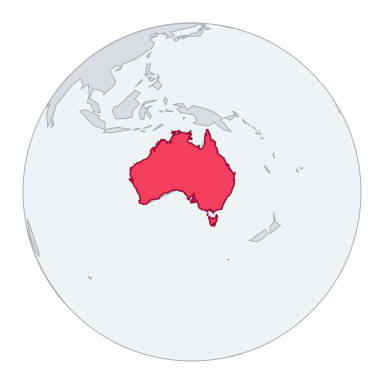 globe centered on Australia
{"feature_id": "AUS", "entity_name": "Australia", "entity_type": "country or territory", "adm_level": 0, "iso_a3": "AUS", "parent_name": "Oceania", "parent_adm1": "", "projection": "orthographic", "projection_center": [137.073, -32.4], "detail": "fine", "context": "on_globe", "style": "filled", "palette": "rose", "viewbox_px": 384, "rotation_deg": 0, "n_neighbors": 0, "source": "natural_earth", "source_scale": "50m", "svg_char_len": 10934}
<svg xmlns="http://www.w3.org/2000/svg" viewBox="0 0 384 384"><circle cx="192" cy="192" r="169" fill="#eef3f6" stroke="#a8b0b8"/><path d="M302.6,167.8L302.5,169.0L302.3,169.1L302.6,167.8ZM339.4,112.6L338.0,109.5L339.8,112.6L339.4,112.6ZM336.4,106.9L337.1,108.1L336.4,106.9L336.4,106.9ZM335.5,105.6L336.2,106.5L335.6,105.8L335.5,105.6ZM334.4,104.2L335.0,104.9L334.4,104.2ZM332.3,101.3L331.7,100.5L332.1,100.7L332.3,101.3ZM231.0,356.4L232.7,356.0L240.7,353.8L231.0,356.4ZM233.1,28.1L227.9,27.5L222.6,25.8L233.1,28.1ZM195.9,23.1L188.7,23.3L196.9,23.4L199.8,23.9L194.3,26.3L170.5,32.1L174.1,34.7L172.8,36.6L166.4,38.0L168.0,35.1L163.5,34.4L165.5,32.8L155.7,34.7L158.0,32.6L149.3,35.5L150.2,37.0L157.9,35.7L149.4,39.7L154.4,42.7L152.5,47.6L135.7,58.9L122.3,64.4L121.0,66.5L117.0,65.3L109.6,70.9L115.5,80.9L114.6,84.8L103.7,94.7L103.8,91.8L93.1,88.6L89.7,98.5L97.7,103.7L100.4,112.7L93.6,111.7L91.0,104.1L87.3,102.7L89.3,94.1L88.3,84.0L81.5,88.8L83.1,84.3L80.6,78.4L71.4,85.7L56.1,105.2L52.3,118.1L47.8,126.8L46.6,113.9L50.0,103.7L47.1,107.6L48.0,103.7L46.7,105.8L53.1,95.7L60.3,86.2L68.1,77.2L76.5,68.7L85.4,60.9L94.9,53.7L104.9,47.2L115.4,41.4L126.2,36.4L137.3,32.1L148.7,28.7L160.3,26.0L172.1,24.2L184.0,23.2L195.9,23.1ZM26.9,228.1L27.1,228.9L30.9,242.1L36.7,258.4L41.0,266.9L44.6,274.3L48.0,279.7L53.7,288.5L61.4,298.9L65.7,304.2L57.8,294.7L50.7,284.6L44.3,274.1L38.7,263.1L33.9,251.7L30.0,240.0L26.9,228.1ZM88.4,276.8L91.6,277.7L90.6,279.3L88.4,276.8ZM29.3,224.3L38.8,252.1L39.1,256.6L35.8,251.2L29.9,235.8L28.5,227.0L26.9,218.5L29.3,224.3ZM140.2,130.8L145.3,131.1L145.2,131.9L140.2,130.8ZM134.9,128.8L140.5,128.5L134.0,130.6L134.9,128.8ZM142.8,128.4L148.6,126.5L151.1,125.2L150.7,126.7L142.8,128.4ZM131.1,129.4L111.4,132.7L103.8,132.5L105.4,129.5L117.6,127.4L131.1,129.4ZM104.8,129.6L93.6,125.5L79.9,111.2L84.8,109.5L99.4,116.0L98.4,118.4L105.2,122.1L104.8,129.6ZM132.8,110.9L131.8,117.6L120.7,118.8L115.8,118.6L112.4,111.1L114.3,106.7L118.2,106.0L134.8,90.3L140.3,92.8L135.0,98.9L139.6,103.7L132.8,110.9ZM52.5,119.0L53.8,124.9L51.5,127.8L52.5,119.0ZM142.4,80.9L135.1,87.0L142.0,79.3L142.4,80.9ZM147.0,74.2L147.0,76.7L144.6,74.5L147.0,74.2ZM120.0,69.7L115.8,71.2L116.1,69.6L121.7,66.8L120.0,69.7ZM151.0,52.2L149.3,56.5L148.0,58.1L146.8,55.6L151.0,52.2ZM265.2,229.5L268.1,233.2L263.6,238.0L257.0,242.0L249.8,240.5L265.2,229.5ZM211.1,225.5L209.1,217.0L216.9,218.2L215.2,224.9L211.1,225.5ZM270.0,226.8L274.0,221.6L273.8,212.3L275.3,221.7L280.5,225.5L270.0,233.7L270.0,226.8ZM177.6,189.7L146.9,203.9L139.5,202.8L140.1,196.6L130.9,180.4L133.2,180.4L130.2,169.7L147.6,158.2L159.7,141.0L170.8,142.1L178.4,131.0L190.3,132.7L187.5,141.5L200.8,149.3L207.7,129.8L217.9,153.9L228.9,165.0L234.3,182.6L222.0,208.6L213.1,212.4L210.5,208.9L207.0,211.3L200.3,208.7L194.8,197.9L191.4,200.4L193.8,193.5L189.4,199.4L185.1,192.7L177.6,189.7ZM263.9,165.3L266.2,166.9L270.4,173.2L266.7,170.7L263.9,165.3ZM296.9,169.0L298.3,172.0L295.9,170.9L296.9,169.0ZM302.3,169.1L299.3,167.9L302.6,167.8L302.3,169.1ZM273.6,155.8L274.9,157.8L274.0,157.9L273.6,155.8ZM272.7,154.8L273.7,153.0L273.8,155.4L272.7,154.8ZM261.2,137.9L262.3,137.3L263.0,138.4L261.2,137.9ZM152.9,130.8L159.7,125.0L163.7,124.6L152.9,130.8ZM259.1,134.8L255.9,133.5L256.2,132.4L259.1,134.8ZM259.1,132.2L258.7,130.5L260.9,135.0L259.1,132.2ZM252.8,126.5L256.9,130.7L252.4,126.7L252.8,126.5ZM250.6,126.1L247.8,124.0L247.9,123.6L250.6,126.1ZM220.8,120.1L231.1,131.7L223.3,129.6L214.4,122.0L208.1,126.2L193.6,123.3L196.7,120.4L194.5,115.3L180.0,112.2L177.0,109.0L182.1,107.2L172.7,104.4L182.9,103.5L187.2,110.0L193.1,105.7L203.6,108.2L214.0,112.1L222.8,118.6L220.8,120.1ZM183.3,117.4L185.1,117.5L183.6,119.4L183.3,117.4ZM242.4,118.8L246.5,123.2L246.1,123.8L244.1,122.7L242.4,118.8ZM224.8,117.9L234.1,114.9L236.4,115.6L230.3,120.1L224.8,117.9ZM231.7,110.9L236.1,112.8L238.6,116.5L237.7,117.0L231.7,110.9ZM162.5,110.8L162.2,112.5L159.6,111.2L162.5,110.8ZM165.8,109.8L173.7,111.8L165.1,111.2L165.8,109.8ZM142.9,104.8L145.1,108.6L151.9,105.6L146.7,109.6L151.5,116.1L150.1,118.8L145.2,111.6L143.8,119.4L140.8,119.5L139.0,113.1L141.9,105.2L144.9,101.8L157.4,99.9L142.9,104.8ZM165.7,104.8L163.6,100.2L165.2,97.3L167.4,99.6L165.7,104.8ZM158.0,89.9L153.0,85.3L148.2,87.4L158.3,80.4L161.4,85.8L158.0,89.9ZM154.3,79.8L149.8,81.6L154.7,77.7L154.3,79.8ZM148.8,80.2L148.7,77.1L152.1,77.3L148.8,80.2ZM156.7,79.8L158.1,74.5L159.5,77.5L156.7,79.8ZM148.2,70.6L154.9,74.9L145.6,73.5L146.9,64.3L151.0,63.8L148.2,70.6ZM181.9,38.9L181.9,37.3L186.1,37.1L184.9,38.2L181.9,38.9ZM199.7,36.0L187.2,36.5L177.1,37.7L179.5,38.5L175.9,41.4L173.2,38.7L181.3,35.8L188.7,35.4L191.2,33.5L197.5,32.7L198.3,30.5L201.5,30.0L203.0,31.9L199.7,36.0ZM198.4,29.7L202.1,27.0L209.3,28.2L210.1,29.0L205.4,29.6L201.8,28.9L198.4,29.7ZM205.1,26.8L201.7,26.2L200.1,23.7L201.6,23.6L206.6,25.5L203.7,25.1L202.8,25.8L205.1,26.8Z" fill="#d9dde1" stroke="#a8b0b8" stroke-width="1"/><path d="M209.6,133.5L209.4,134.4L210.2,135.4L211.1,140.2L211.6,140.6L213.1,140.0L213.6,140.8L215.3,142.2L215.5,146.4L216.4,147.8L216.8,147.9L217.3,150.0L217.0,151.8L217.8,152.7L217.8,153.9L219.9,155.3L220.6,155.3L221.4,156.5L224.1,158.3L224.4,158.9L223.8,159.1L225.7,162.2L226.1,164.8L226.5,164.7L226.8,165.2L227.1,164.1L228.3,165.4L228.6,164.9L228.9,165.5L228.9,168.1L229.6,169.2L231.3,170.4L233.7,174.6L233.6,175.4L234.1,176.2L233.5,179.8L234.3,183.0L234.2,184.3L232.0,189.6L231.4,192.1L230.2,193.7L229.9,194.9L229.0,195.7L228.1,196.0L226.6,197.8L226.4,198.8L225.2,200.3L224.8,201.8L223.1,204.0L221.8,208.9L220.7,209.5L217.0,209.6L214.4,211.5L212.9,211.5L213.2,212.0L213.5,211.9L213.2,212.8L212.8,211.9L212.3,212.0L212.0,211.3L211.1,210.8L211.5,210.4L211.4,210.0L211.0,209.9L210.1,210.6L209.6,210.1L210.1,210.2L210.6,209.5L210.1,208.9L208.9,209.5L209.5,209.7L206.8,211.3L204.4,209.9L202.8,209.5L202.1,209.8L201.1,208.9L199.7,208.3L198.4,206.4L198.6,204.6L198.3,203.8L196.5,201.4L197.3,201.5L197.3,200.8L195.5,201.6L194.7,201.5L195.5,199.8L195.4,199.0L194.5,197.2L193.5,200.1L191.5,200.4L191.9,199.4L192.8,199.4L193.0,197.2L194.1,195.5L193.9,194.4L194.3,194.1L193.8,192.5L193.8,193.3L192.4,195.6L190.4,196.8L189.1,198.7L189.3,199.6L188.9,199.3L188.6,199.5L187.3,198.5L187.5,198.2L188.1,198.5L187.5,196.6L186.2,194.6L185.2,194.3L184.6,193.1L184.9,193.1L184.9,192.5L183.5,191.6L182.4,191.5L181.2,190.9L179.9,191.1L177.1,189.7L171.7,190.7L167.8,192.7L164.4,193.1L161.7,195.2L160.5,195.7L159.1,198.6L155.9,199.2L155.7,198.9L154.1,199.0L150.5,200.0L149.8,201.3L148.6,201.9L146.5,204.0L143.4,204.3L142.1,204.0L140.9,203.2L139.5,203.0L139.1,200.8L140.0,201.0L140.4,199.6L139.6,195.2L137.5,192.2L136.2,188.3L134.0,185.6L133.3,183.5L130.6,180.7L131.0,180.8L131.0,180.3L131.8,181.5L132.3,181.2L132.3,180.7L130.9,179.2L130.9,178.8L131.7,179.3L131.9,180.2L132.1,179.8L132.6,180.6L132.9,180.8L133.2,180.4L132.9,179.1L130.3,175.5L130.2,173.9L130.6,172.4L130.5,170.9L130.1,170.2L130.6,167.9L130.8,167.7L131.2,169.5L131.7,169.0L132.3,167.3L134.1,165.9L137.0,162.9L138.8,162.7L142.2,160.8L143.0,159.9L144.3,159.8L147.9,157.9L148.8,157.0L149.9,154.4L151.2,153.1L150.5,151.6L150.7,150.4L152.5,148.1L154.4,151.0L154.3,149.6L155.0,149.8L155.1,149.2L154.0,148.1L154.3,147.9L154.2,147.3L154.6,147.2L154.9,147.7L155.4,147.3L157.5,147.4L156.4,147.3L157.0,146.0L156.7,146.3L156.3,145.7L156.4,145.0L156.7,144.9L157.1,144.3L158.1,144.6L158.1,144.2L157.7,144.3L157.4,143.9L158.0,143.4L158.9,143.6L158.3,142.6L159.4,141.8L159.5,141.1L159.6,141.9L160.1,141.7L160.3,142.1L160.6,141.7L160.7,140.2L161.3,140.7L161.6,140.2L162.1,140.6L163.0,139.3L164.6,140.0L166.8,141.8L166.5,143.5L166.7,143.2L167.0,143.3L166.8,142.6L167.9,141.8L169.2,142.0L169.7,142.7L169.8,141.9L170.9,142.6L170.9,141.8L171.5,141.7L170.8,141.2L171.0,141.0L170.1,140.6L171.0,139.3L171.3,138.2L172.5,137.3L172.2,136.4L172.8,135.6L173.5,135.5L173.5,134.9L174.2,135.2L174.2,134.6L175.4,133.7L175.8,134.3L178.1,133.9L178.6,134.2L178.9,133.8L179.4,133.7L179.3,132.4L176.8,131.6L177.2,131.2L177.8,131.5L178.3,131.3L179.3,132.0L180.1,131.7L180.8,132.5L184.3,133.3L185.2,133.1L186.1,133.7L186.7,133.8L188.7,132.6L188.1,133.7L188.9,133.6L189.1,134.3L189.7,134.3L189.7,133.5L190.5,133.0L191.6,134.1L190.5,135.3L190.6,135.9L190.2,136.5L189.8,136.3L188.7,136.7L188.8,138.5L187.2,140.8L187.4,141.3L189.8,143.1L191.0,143.4L191.2,144.0L191.8,144.0L193.8,145.0L195.3,146.3L197.5,146.9L198.1,148.1L200.3,149.2L201.7,149.1L202.6,148.5L204.3,144.7L205.0,141.9L204.6,138.4L205.1,136.9L205.0,136.0L206.0,135.5L205.2,134.7L205.3,134.4L205.8,133.3L206.1,133.6L206.7,130.6L207.6,129.9L208.0,130.1L207.8,130.4L208.5,131.1L208.7,133.1L209.6,133.5ZM209.0,216.9L210.3,217.3L212.4,218.6L213.4,218.5L213.6,218.7L214.0,218.3L215.0,218.4L216.2,217.9L216.7,218.1L216.5,222.1L216.3,221.4L215.8,222.1L215.4,223.3L215.3,224.7L214.9,224.9L214.7,224.3L215.0,224.0L214.6,223.7L214.3,224.3L214.0,223.5L213.7,224.7L213.2,224.5L213.4,224.9L212.8,225.8L211.1,225.5L211.0,225.0L211.5,224.8L210.8,224.7L210.1,223.6L209.7,221.5L210.2,222.3L210.3,221.9L210.0,221.3L209.8,221.4L209.8,220.9L209.0,219.0L208.8,217.8L209.0,216.9ZM173.4,131.9L175.2,131.3L176.0,132.0L174.4,133.4L173.1,132.6L172.7,131.5L173.4,131.9ZM193.3,201.8L194.0,201.8L194.5,202.2L193.4,202.3L192.9,202.8L191.2,202.7L190.7,202.3L191.0,201.9L192.6,201.4L193.2,201.5L193.3,201.8ZM191.0,138.1L191.5,138.1L191.1,138.9L191.7,139.2L191.5,139.5L189.9,139.3L190.1,138.3L190.8,137.8L191.0,138.1ZM234.0,175.6L233.8,175.0L234.1,174.0L234.6,173.5L234.5,172.9L234.8,172.7L234.9,173.7L234.0,175.6ZM216.6,214.9L217.2,215.6L217.2,216.2L216.7,216.4L216.1,215.2L216.6,214.9ZM172.4,131.9L173.4,133.2L171.8,133.2L172.4,131.9ZM207.4,215.2L207.3,214.5L207.7,213.6L207.9,214.7L207.4,215.2ZM199.4,145.8L198.7,146.2L197.9,146.5L198.3,145.7L199.1,145.5L199.4,145.8ZM130.5,180.3L129.9,179.6L129.7,178.9L129.8,178.9L130.5,180.3ZM217.1,216.6L217.4,217.0L217.2,217.1L216.4,216.7L217.1,216.6ZM229.4,168.4L229.9,168.5L229.8,169.2L229.4,168.4ZM217.7,151.7L217.8,152.2L217.7,152.5L217.2,151.8L217.7,151.7ZM213.8,224.9L213.8,225.6L213.4,225.3L213.8,224.9ZM234.5,180.7L234.2,181.4L234.3,180.5L234.5,180.7ZM179.1,131.5L178.7,130.7L179.0,130.5L179.2,131.1L179.1,131.5ZM191.0,130.9L190.4,131.6L191.2,130.4L191.0,130.9ZM234.3,180.3L234.2,179.7L234.4,179.5L234.5,179.5L234.3,180.3ZM192.1,143.7L191.6,143.5L191.8,143.1L192.0,143.3L192.1,143.7ZM189.7,138.1L189.3,138.2L189.5,137.7L189.7,138.1ZM133.7,163.6L133.7,164.2L133.7,163.6ZM207.1,129.9L206.8,130.1L206.6,129.7L206.8,129.6L207.1,129.9ZM211.4,210.3L211.0,210.5L210.9,210.4L211.0,210.2L211.4,210.3ZM228.5,259.5L228.2,260.0L228.6,259.3L228.5,259.5ZM190.3,131.8L189.4,132.2L190.3,131.6L190.3,131.8ZM158.3,141.9L158.1,142.2L158.2,141.8L158.3,141.9ZM214.1,224.9L213.9,224.6L214.0,224.4L214.1,224.5L214.1,224.9ZM199.0,147.5L198.6,147.5L198.8,147.2L199.0,147.5ZM156.8,144.5L156.6,144.7L156.6,144.3L156.8,144.5ZM210.7,210.5L211.0,210.9L210.5,210.7L210.7,210.5ZM226.8,164.0L226.7,164.0L226.8,163.7L226.8,164.0ZM209.2,216.4L209.1,216.7L209.1,216.4L209.2,216.4Z" fill="#f43f5e" stroke="#9f1239" stroke-width="1.5"/></svg>